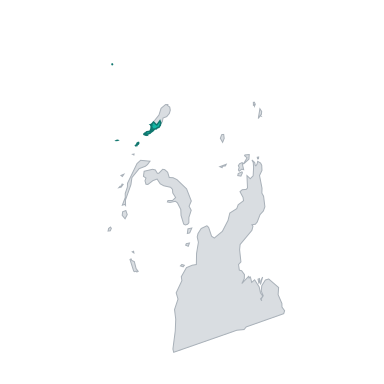 location of North Bougainville District, North Solomons, Papua New Guinea, rotated 251°
{"feature_id": "67681753B20702306497520", "entity_name": "North Bougainville District", "entity_type": "district", "adm_level": 2, "iso_a3": "PNG", "parent_name": "Papua New Guinea", "parent_adm1": "North Solomons", "projection": "robinson", "projection_center": [154.75, -4.633], "detail": "fine", "context": "in_parent", "style": "filled", "palette": "teal", "viewbox_px": 384, "rotation_deg": 251, "n_neighbors": 0, "source": "geoboundaries", "source_scale": "gbopen_adm2", "svg_char_len": 7686}
<svg xmlns="http://www.w3.org/2000/svg" viewBox="0 0 384 384"><g transform="rotate(251 192 192)"><path d="M47.1,239.1L46.8,199.4L45.0,196.4L46.7,189.4L46.4,122.5L49.7,122.8L66.0,130.9L77.0,135.2L86.5,137.2L95.3,143.9L101.8,144.2L111.5,153.6L115.4,154.3L122.3,162.1L122.7,168.5L122.0,172.5L132.4,176.3L142.4,181.7L147.8,182.3L150.8,184.2L154.5,188.8L155.2,195.1L153.1,196.2L143.8,196.1L141.2,198.1L144.9,207.9L153.4,216.8L159.8,220.9L161.7,228.9L164.9,231.5L167.0,237.9L170.3,238.5L176.7,237.5L177.8,240.2L176.8,244.2L177.8,245.8L189.6,249.3L185.6,251.4L187.4,255.1L195.1,258.2L199.9,259.5L202.8,259.1L199.4,260.9L196.4,260.4L195.9,260.9L197.1,262.5L199.6,264.1L197.0,266.3L194.5,266.6L189.7,265.2L185.6,261.2L172.7,259.4L168.2,257.7L164.7,258.3L154.3,256.1L150.8,253.3L148.5,249.0L142.4,243.9L140.9,241.4L141.5,238.0L139.8,238.5L136.2,236.1L126.7,220.4L121.9,218.2L110.0,215.5L108.3,212.4L102.7,211.3L101.4,213.3L96.9,214.7L93.0,213.2L89.2,209.3L93.8,218.0L92.1,218.0L92.9,219.3L92.0,219.5L87.1,219.0L88.6,222.6L80.4,224.6L74.3,223.9L71.4,224.8L70.2,224.7L68.6,222.0L66.4,222.5L68.3,222.6L70.7,225.6L75.7,225.2L80.7,227.5L84.9,232.7L84.8,236.2L73.5,242.8L66.9,240.0L57.3,240.7L53.9,239.6L49.6,240.9L47.1,239.1ZM217.9,151.2L220.2,153.0L222.6,151.2L227.2,153.5L226.3,162.1L224.8,164.5L221.0,165.3L220.5,166.6L223.0,171.7L222.0,173.5L218.6,175.4L213.1,175.2L211.7,178.7L208.6,181.8L196.7,187.9L183.7,188.4L179.5,184.6L175.0,185.3L169.0,180.8L163.9,179.0L162.9,177.3L163.0,175.0L164.4,173.7L173.4,174.0L179.1,175.7L186.5,174.7L188.6,173.3L189.3,167.8L190.6,165.5L191.8,166.5L190.3,170.8L192.1,174.7L197.4,173.5L200.8,174.4L203.4,173.3L207.1,167.3L210.1,164.6L215.6,163.2L215.5,158.8L213.5,152.7L214.3,151.0L217.9,151.2ZM283.3,195.5L282.6,197.5L282.2,196.8L279.5,198.6L276.4,198.1L273.6,196.1L271.5,192.6L271.4,188.7L268.3,186.9L264.4,182.0L263.6,178.7L263.9,173.2L269.6,176.4L275.5,185.8L281.2,190.0L283.3,195.5ZM238.7,153.7L234.8,162.3L232.4,158.8L231.5,156.3L231.3,149.7L225.2,139.9L218.8,136.6L206.0,126.4L200.9,124.8L202.2,124.3L202.2,121.8L208.5,127.1L212.4,128.4L217.7,132.5L221.3,133.9L236.8,149.3L238.7,153.7ZM136.2,111.1L148.4,111.4L148.6,112.6L147.0,112.7L144.9,114.8L137.7,114.2L134.5,115.3L134.3,113.8L135.4,113.4L135.3,111.8L136.2,111.1ZM197.7,243.1L199.9,244.6L201.8,244.4L203.2,246.1L203.5,248.9L202.7,249.5L202.1,248.7L196.3,248.1L197.4,246.5L196.3,243.4L197.7,243.1ZM196.0,123.4L191.7,123.4L188.5,120.0L192.7,118.4L195.9,120.0L196.0,123.4ZM206.4,255.2L209.2,253.5L209.8,254.1L208.8,258.3L204.5,256.5L201.6,249.6L206.4,255.2ZM229.0,237.1L233.6,236.3L235.9,238.2L236.6,238.9L236.1,240.7L232.2,239.9L229.0,237.1ZM239.9,278.6L248.6,283.3L245.4,284.1L242.7,282.8L242.3,281.6L241.2,282.0L241.8,281.2L239.9,278.6ZM158.0,180.1L154.1,176.5L154.3,174.1L158.5,176.2L158.0,180.1ZM194.8,245.8L193.7,245.9L191.1,243.4L192.6,240.6L194.4,241.7L194.8,245.8ZM262.6,173.0L260.9,167.3L262.4,165.5L263.9,169.2L262.6,173.0ZM144.6,173.0L141.9,170.8L143.8,168.7L145.0,169.8L144.6,173.0ZM185.4,103.5L183.9,103.9L181.9,102.1L182.4,99.9L184.7,101.3L185.4,103.5ZM126.8,158.8L125.2,160.9L124.1,159.3L125.9,157.0L126.8,158.8ZM206.9,226.5L207.1,233.4L205.8,232.1L206.4,229.2L205.2,228.4L206.9,226.5ZM85.9,228.3L88.6,231.1L82.2,226.6L85.9,228.3ZM88.2,227.6L84.7,226.5L84.0,225.6L88.1,226.0L88.2,227.6ZM256.8,279.2L256.6,280.2L254.3,280.4L252.8,279.0L254.3,279.3L254.0,278.3L256.8,279.2ZM230.8,130.2L231.0,133.4L229.3,131.2L230.8,130.2ZM222.3,128.5L221.6,129.4L220.0,127.1L220.3,126.7L222.3,128.5ZM203.6,265.0L203.4,266.4L201.8,265.7L202.0,264.8L203.6,265.0ZM220.9,126.0L219.7,126.4L219.9,124.2L220.9,126.0ZM154.9,116.0L155.0,117.5L153.3,117.2L154.9,116.0ZM247.0,148.1L246.8,149.6L245.9,149.1L247.0,148.1Z" fill="#d9dde1" stroke="#a8b0b8" stroke-width="1"/><path d="M270.7,178.3L270.6,178.2L270.3,178.0L270.2,177.8L270.2,177.7L270.1,177.4L269.9,177.0L269.8,176.8L269.7,176.7L269.5,176.4L269.5,176.2L269.3,175.7L269.2,175.6L269.0,175.4L269.2,175.2L269.2,174.9L269.1,175.0L269.1,174.9L269.0,175.0L268.9,174.9L268.7,174.8L268.6,175.0L268.4,175.3L268.4,175.2L268.3,174.9L268.2,174.8L267.9,174.9L267.6,174.8L267.2,174.9L267.1,174.7L266.9,174.7L266.7,174.7L266.7,174.8L266.8,174.8L266.7,174.9L266.6,174.7L266.5,174.8L266.5,174.7L266.4,174.9L266.4,175.0L266.2,175.0L266.2,174.8L266.2,174.7L265.9,174.6L265.7,174.3L265.6,174.1L265.4,174.2L265.3,174.3L265.2,174.3L265.2,174.2L265.0,173.9L264.6,173.7L264.5,173.4L264.4,173.4L264.1,172.9L263.9,172.8L263.7,172.6L263.3,172.8L263.2,172.9L263.0,173.1L263.0,173.3L263.4,173.4L263.5,173.5L263.7,173.8L263.8,174.0L264.0,174.1L264.2,174.4L264.3,174.6L264.3,174.8L264.6,175.0L264.6,175.3L264.6,175.2L264.4,175.0L264.4,175.3L264.4,175.5L264.2,175.7L264.1,175.4L263.9,175.3L263.8,175.2L263.8,175.3L263.7,175.4L263.8,175.5L264.0,175.9L264.0,176.0L263.9,176.3L263.9,176.5L263.6,176.8L263.6,177.1L263.7,177.5L263.7,177.9L263.6,178.2L263.4,178.4L263.3,178.6L263.3,178.8L263.5,179.1L263.8,179.5L263.8,179.8L264.0,180.0L264.1,180.3L264.2,180.8L263.9,181.1L263.9,181.3L263.9,181.7L264.0,181.9L264.2,182.2L264.4,182.5L264.7,182.7L264.9,182.8L265.1,183.0L265.2,183.5L265.3,183.5L265.7,183.7L265.8,183.8L266.0,183.9L266.0,184.1L266.6,184.3L267.0,184.6L267.3,184.9L267.4,185.0L269.8,184.9L266.8,180.6L268.2,179.6L269.0,179.3L270.1,178.7L270.4,178.5L270.7,178.3ZM262.9,167.3L263.1,166.8L262.8,166.4L262.7,166.1L262.6,165.5L262.2,165.3L261.9,165.4L261.8,165.5L261.6,165.9L261.3,166.2L261.1,166.3L260.7,167.0L260.5,167.5L260.8,167.3L261.1,167.0L261.4,167.2L261.3,167.3L261.4,167.5L261.2,167.7L261.2,167.8L261.3,167.9L261.3,168.0L261.2,168.0L261.3,168.1L261.3,168.3L261.2,168.4L261.3,168.5L261.4,168.9L261.3,169.0L261.2,169.2L261.1,169.4L261.1,169.7L261.1,170.1L261.2,170.4L261.3,170.5L261.4,170.9L261.4,171.0L261.5,171.2L261.5,171.3L261.5,171.6L261.6,171.8L261.7,172.1L261.9,172.2L261.8,172.6L262.0,172.7L262.1,172.9L262.1,173.0L262.0,172.8L261.8,172.6L261.9,172.8L262.0,173.0L262.1,173.5L262.2,173.4L262.4,173.2L262.4,172.7L262.5,172.6L262.6,172.8L262.6,173.0L263.1,172.9L263.1,172.6L263.1,172.2L263.3,171.9L263.2,171.6L263.2,171.4L263.3,171.0L263.3,170.7L263.4,170.4L263.4,170.2L263.5,169.9L263.5,169.7L263.6,169.4L263.6,169.2L263.6,168.6L263.6,168.4L263.4,168.2L263.1,168.1L262.9,167.7L262.9,167.3ZM255.5,155.6L255.2,155.4L255.0,155.5L255.3,155.6L255.4,155.8L255.5,155.8L255.8,156.0L255.8,156.3L256.0,156.8L256.0,157.3L256.0,157.5L255.9,157.5L255.8,157.4L255.7,157.4L255.6,157.2L255.4,157.1L255.5,157.4L255.4,157.2L255.4,156.9L255.2,156.6L255.0,156.4L255.0,156.5L254.9,156.6L255.1,156.7L255.2,156.8L255.4,157.0L255.5,157.4L255.5,157.5L255.9,157.6L256.1,157.6L256.0,157.3L256.1,157.2L256.3,156.9L256.2,156.7L256.0,156.4L256.0,156.1L256.0,155.9L255.5,155.6ZM262.9,174.7L262.9,174.3L262.8,174.2L262.6,174.1L262.4,174.1L262.4,174.5L262.5,174.6L262.6,174.9L262.7,175.0L262.8,175.1L262.7,175.3L262.7,175.6L262.8,175.7L262.9,175.4L263.0,175.1L263.1,174.8L263.0,174.7L262.9,174.7ZM338.9,158.4L339.0,158.1L338.6,157.9L338.4,158.0L338.4,158.3L338.5,158.4L338.9,158.4ZM254.5,153.8L254.4,153.7L254.3,153.8L254.1,153.9L254.3,154.0L254.3,153.9L254.4,154.1L254.4,154.4L254.5,154.6L254.5,154.9L254.6,155.1L254.4,155.2L254.6,155.3L254.7,155.2L254.5,154.9L254.5,154.7L254.4,154.3L254.4,154.1L254.5,153.8ZM262.3,173.8L262.5,173.6L262.4,173.4L262.3,173.5L262.2,173.6L262.3,173.8ZM261.3,171.6L261.3,171.4L261.2,171.3L261.1,171.0L261.2,171.4L261.2,171.5L261.3,171.6ZM265.3,138.0L265.3,137.7L265.1,137.4L265.2,137.7L265.3,138.0ZM254.9,155.9L255.0,155.8L254.9,155.7L255.0,155.6L254.9,155.5L254.9,155.9L254.9,155.9ZM265.1,138.6L265.3,138.4L265.4,138.2L265.3,138.4L265.1,138.5L265.1,138.6ZM265.1,137.2L265.0,137.3L265.1,137.2L265.1,137.3L265.1,137.2Z" fill="#14b8a6" stroke="#0f766e" stroke-width="1.5"/></g></svg>